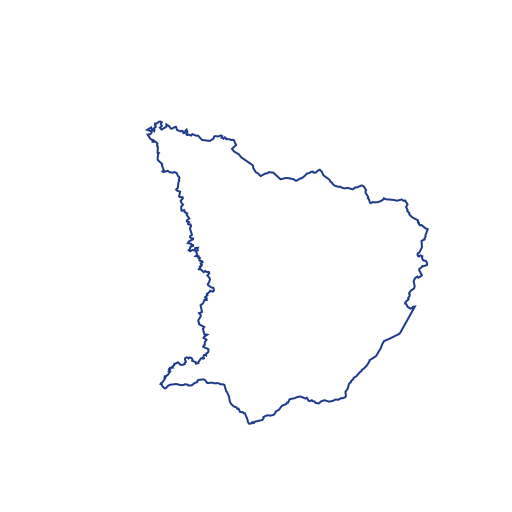 Dom Pedrito, Rio Grande do Sul, Brazil, rotated 233°
{"feature_id": "56859067B88421648496139", "entity_name": "Dom Pedrito", "entity_type": "district", "adm_level": 2, "iso_a3": "BRA", "parent_name": "Brazil", "parent_adm1": "Rio Grande do Sul", "projection": "equal_earth", "projection_center": [-54.6, -31.019], "detail": "fine", "context": "isolated", "style": "outline", "palette": "blue", "viewbox_px": 512, "rotation_deg": 233, "n_neighbors": 0, "source": "geoboundaries", "source_scale": "gbopen_adm2", "svg_char_len": 6149}
<svg xmlns="http://www.w3.org/2000/svg" viewBox="0 0 512 512"><g transform="rotate(233 256 256)"><path d="M418.2,242.5L412.7,242.2L411.3,243.1L409.5,242.1L408.8,242.9L409.7,243.9L405.2,245.1L403.5,243.2L402.5,243.5L397.6,239.5L396.7,240.3L396.3,239.2L392.8,235.8L391.4,235.4L385.8,236.4L385.0,235.4L380.0,233.9L379.8,232.2L378.7,232.6L377.1,236.8L374.8,237.5L372.3,240.1L372.2,241.4L369.8,242.6L366.9,241.8L365.5,242.2L364.3,241.8L363.3,240.1L362.2,239.9L361.2,238.1L357.4,234.5L357.1,232.2L355.5,232.4L353.0,234.1L349.9,230.4L348.8,230.7L347.2,232.7L346.0,232.3L345.5,229.2L343.7,228.5L340.9,228.6L340.5,226.0L337.2,223.8L336.3,224.6L336.1,226.2L335.0,226.2L334.0,225.4L331.4,226.7L330.6,225.4L326.2,225.3L325.9,222.0L325.2,221.6L323.4,223.0L322.6,221.0L321.2,221.5L320.6,222.7L318.9,222.1L317.8,219.8L311.4,217.6L311.5,215.3L310.7,214.6L309.5,214.8L307.8,216.3L307.2,215.7L308.0,211.3L307.3,209.3L304.7,211.6L303.7,211.1L302.7,212.3L301.9,211.9L302.7,209.0L301.1,207.0L301.1,205.7L299.5,206.2L299.0,208.9L297.4,210.3L298.9,212.3L297.5,214.6L296.7,213.2L295.6,212.9L295.9,210.9L292.3,209.8L292.2,207.8L290.1,210.0L289.4,208.9L288.1,209.9L286.8,208.2L285.8,208.4L284.3,209.8L283.2,209.6L283.4,207.4L282.4,207.0L281.7,207.5L280.9,206.7L281.4,204.8L280.3,204.6L279.8,203.7L280.3,201.7L278.6,203.8L274.6,204.5L274.6,206.4L272.9,207.0L271.7,208.7L270.3,208.3L269.7,205.4L266.8,205.7L265.1,205.2L263.3,202.8L262.5,200.5L261.7,200.2L257.7,201.4L256.2,202.8L253.8,201.8L253.5,200.1L255.9,198.4L255.3,197.2L255.2,193.8L253.8,193.5L253.8,190.6L252.6,190.3L251.8,191.1L250.5,190.1L251.9,188.4L250.0,185.0L250.1,182.1L243.8,179.2L244.6,176.1L242.3,176.4L241.2,175.7L239.4,171.3L238.3,170.5L236.6,170.3L235.8,169.4L230.4,171.9L229.6,169.6L224.5,167.7L222.5,169.6L222.7,166.2L222.2,164.8L219.0,166.1L217.9,163.1L216.0,161.8L216.0,160.4L215.3,159.2L210.2,161.9L208.2,160.4L207.8,158.8L208.1,157.7L206.6,156.3L207.7,155.9L208.2,155.0L207.6,153.8L205.6,152.8L206.0,151.7L206.9,151.6L207.4,150.4L205.8,146.0L205.1,145.5L206.2,143.3L207.2,144.0L210.8,142.0L211.5,143.0L213.4,143.1L214.9,142.0L214.8,140.4L215.9,140.4L216.8,139.4L217.0,138.0L216.0,136.9L213.7,136.4L213.5,134.6L212.6,134.2L213.0,132.3L214.6,130.2L218.0,129.8L218.5,126.7L219.1,125.9L218.0,124.9L217.9,122.1L217.1,122.2L218.5,119.9L218.0,118.5L217.2,119.0L216.6,117.0L215.4,117.9L214.3,114.5L214.1,112.2L214.8,110.9L214.0,109.8L213.1,110.2L211.4,105.1L211.6,103.8L211.2,102.7L210.1,103.4L209.1,102.9L205.7,103.2L204.7,104.1L205.2,107.1L205.0,109.7L201.9,115.1L197.9,118.5L196.6,120.5L196.3,122.2L194.1,124.1L193.3,124.1L191.8,126.1L191.4,127.1L191.5,130.5L190.7,133.2L191.7,134.5L191.5,135.7L188.9,140.0L187.8,140.6L183.8,140.7L181.2,144.8L179.3,146.2L177.9,148.4L176.5,149.9L175.0,150.3L173.8,152.0L172.1,153.2L165.7,150.7L164.7,151.0L160.0,149.8L155.1,147.4L152.5,147.1L149.0,147.8L146.8,149.3L145.1,149.1L144.6,150.2L141.2,149.4L139.4,151.4L137.6,151.7L137.1,152.5L130.0,150.6L128.8,149.7L126.3,149.5L125.5,150.6L125.2,151.7L125.6,152.6L125.1,153.5L124.2,153.2L123.9,154.2L124.4,155.0L124.1,156.0L121.2,162.4L121.9,164.4L122.9,164.9L122.4,168.0L121.1,170.4L120.1,171.0L118.5,174.4L119.1,177.1L119.9,178.0L119.4,181.8L120.8,186.6L119.6,191.0L120.2,192.8L119.6,193.4L121.4,196.6L119.1,201.4L118.6,204.1L116.9,207.1L112.5,209.6L112.1,211.2L108.9,210.9L108.0,211.3L107.2,213.8L106.1,213.8L104.7,215.1L102.8,215.2L100.5,217.4L100.7,220.8L99.6,223.9L95.6,226.8L94.0,230.4L93.5,233.2L91.6,235.3L91.3,238.4L90.3,239.5L89.5,242.4L89.9,243.4L93.7,245.7L94.9,249.5L97.9,253.3L98.2,256.0L98.9,256.6L99.1,259.4L99.9,260.7L99.6,264.0L100.7,268.8L100.7,270.9L101.3,272.1L101.2,274.7L101.9,278.8L103.7,283.3L104.4,283.9L103.8,291.5L107.4,300.4L109.3,303.2L111.0,307.0L109.6,312.8L107.6,323.3L107.8,324.8L120.0,352.4L121.0,350.6L119.9,349.4L120.9,348.6L121.1,347.6L124.2,346.5L127.5,347.1L128.3,346.5L129.2,347.5L129.6,351.8L130.9,352.2L131.4,354.3L132.8,355.7L133.7,355.5L134.4,356.5L135.2,359.2L134.9,362.6L136.2,364.4L141.1,366.8L142.6,369.9L142.4,372.5L141.0,372.6L140.6,375.5L140.8,376.9L146.5,377.8L147.5,378.8L147.3,381.5L147.9,382.8L147.0,383.6L145.9,387.2L147.1,388.2L149.5,388.8L152.1,386.8L154.9,387.6L155.7,388.7L157.6,387.7L157.3,386.2L158.3,385.4L159.5,385.6L160.9,386.9L160.5,388.5L163.0,393.7L168.5,397.4L167.7,400.6L168.7,401.1L169.3,403.0L170.5,403.7L174.1,409.3L176.6,407.8L181.2,406.8L181.4,405.8L182.7,405.3L183.6,405.3L184.5,406.2L185.3,405.6L187.1,406.8L192.6,404.1L196.9,403.4L198.0,404.3L201.0,403.9L201.7,404.8L204.8,405.3L206.0,408.1L210.6,408.5L211.2,407.1L213.4,406.4L215.3,401.9L218.0,399.6L223.2,393.8L225.1,392.9L224.6,392.0L224.7,389.0L225.6,385.9L227.3,383.2L228.8,381.8L229.0,379.8L230.0,379.1L233.4,380.3L235.0,380.1L235.4,381.1L240.8,381.6L241.7,382.2L242.4,383.6L246.6,383.9L248.7,383.0L250.2,377.5L251.2,376.3L250.9,374.7L251.3,373.1L255.3,370.2L256.4,367.8L258.4,366.0L260.6,365.0L261.3,363.8L264.7,361.2L268.1,360.5L268.9,360.8L270.7,360.1L272.8,360.6L279.7,358.4L283.5,359.2L286.5,358.9L286.9,357.2L286.7,353.7L288.0,352.1L289.0,352.3L290.1,350.7L290.1,349.2L291.2,345.9L290.6,342.7L290.6,339.2L291.2,338.6L291.7,333.7L292.5,332.8L294.6,332.3L298.8,328.6L300.3,326.8L302.5,321.8L312.1,320.0L315.1,316.9L315.3,314.5L316.2,313.3L317.0,307.8L320.8,307.3L322.9,306.3L327.9,306.7L329.7,308.0L330.7,307.9L343.6,303.6L347.4,303.5L352.6,301.4L356.0,301.3L356.7,307.0L362.3,308.0L363.5,306.0L364.9,305.4L367.4,302.5L368.2,302.9L369.6,302.5L369.3,300.6L370.6,300.4L371.2,299.7L372.2,301.1L373.5,300.4L374.2,297.8L376.6,295.2L376.5,294.2L375.3,292.8L375.7,288.3L381.2,282.7L386.9,282.2L388.1,280.6L391.7,278.4L391.3,276.5L393.4,275.4L393.9,273.9L394.9,273.6L396.4,275.9L398.7,276.6L398.5,275.0L397.2,273.1L397.8,272.0L399.5,272.6L400.5,272.3L400.9,270.7L404.2,268.8L407.3,269.8L407.8,269.0L408.3,265.5L409.2,264.6L411.7,264.8L415.0,263.6L413.2,262.2L413.8,256.7L416.4,256.5L416.5,259.1L418.8,259.4L419.5,261.3L421.0,260.5L421.7,259.2L421.6,256.0L422.5,255.1L421.3,253.9L420.1,254.1L419.3,253.4L419.6,251.9L419.0,250.7L417.8,250.9L417.0,249.8L419.9,249.1L421.8,249.6L422.2,245.0L418.4,247.6L417.3,246.9L416.9,244.8L418.2,242.5Z" fill="none" stroke="#1e3a8a" stroke-width="2"/></g></svg>